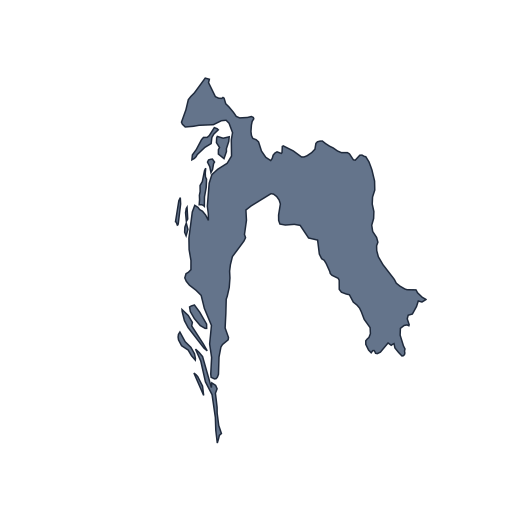 SVG path tracing the border of Croatia, rotated 51°
{"feature_id": "HRV", "entity_name": "Croatia", "entity_type": "country or territory", "adm_level": 0, "iso_a3": "HRV", "parent_name": "Europe", "parent_adm1": "", "projection": "robinson", "projection_center": [16.337, 44.484], "detail": "fine", "context": "isolated", "style": "filled", "palette": "slate", "viewbox_px": 512, "rotation_deg": 51, "n_neighbors": 0, "source": "natural_earth", "source_scale": "50m", "svg_char_len": 4662}
<svg xmlns="http://www.w3.org/2000/svg" viewBox="0 0 512 512"><g transform="rotate(51 256 256)"><path d="M89.3,181.0L91.4,183.8L106.6,187.3L109.9,185.7L112.0,183.4L112.0,181.9L113.3,181.5L118.6,183.7L123.0,183.2L130.1,183.1L135.1,183.5L138.4,181.8L143.0,175.4L144.7,171.8L146.7,170.9L148.0,171.4L149.0,174.3L151.3,177.1L156.1,181.6L159.5,183.7L162.6,184.5L165.7,182.7L168.9,182.2L177.9,185.7L185.5,186.3L191.1,184.5L190.4,182.0L188.4,179.2L187.9,176.5L188.3,174.1L192.2,171.8L192.0,170.7L187.4,166.6L187.6,165.5L197.8,160.9L207.7,158.3L209.3,156.3L210.2,153.3L210.7,147.6L210.1,143.0L206.2,138.6L205.9,136.4L206.9,134.1L208.4,132.1L212.4,131.2L217.0,129.7L220.6,128.0L225.6,126.6L229.4,124.6L233.2,119.9L235.5,119.1L242.5,119.8L244.0,118.6L243.0,111.9L244.3,110.1L246.7,109.2L247.9,108.2L254.0,109.0L259.1,110.7L262.2,111.8L272.4,116.7L279.5,122.2L283.5,128.3L288.8,133.0L295.6,136.4L300.9,141.0L304.9,146.7L310.4,149.9L317.5,150.6L322.0,152.6L323.9,155.8L327.8,158.8L333.6,161.4L342.6,162.8L360.0,163.2L361.5,163.3L365.4,164.1L370.0,163.1L375.5,161.0L377.3,159.8L383.0,153.0L386.3,153.6L392.7,152.8L396.5,151.3L396.8,151.3L396.6,153.0L396.2,156.0L393.1,158.2L396.3,163.1L399.5,171.0L397.8,175.0L400.0,178.0L405.8,180.2L406.4,181.1L404.6,182.0L403.2,184.6L403.1,189.3L408.2,193.8L418.7,198.0L422.0,198.7L423.3,200.4L425.1,201.4L426.1,202.7L426.2,204.4L425.5,205.5L420.6,205.9L414.9,205.9L410.9,203.9L410.6,205.4L410.5,207.1L406.7,208.1L409.0,219.8L408.2,223.2L406.8,224.3L405.4,223.9L403.8,223.7L403.0,224.8L403.7,227.4L399.9,227.7L393.8,226.3L391.0,224.1L390.5,221.7L390.4,219.5L388.4,216.0L383.5,212.4L373.4,211.8L369.7,210.6L365.8,209.3L361.6,208.3L357.7,208.4L353.1,209.4L344.9,207.8L342.2,209.9L337.9,212.4L334.3,212.3L327.2,206.6L325.0,206.2L318.8,209.1L316.3,209.3L314.4,208.4L306.0,206.2L302.2,205.7L299.4,206.7L294.4,205.6L282.4,198.1L275.1,203.8L260.0,202.4L255.5,206.3L250.4,213.7L246.2,217.3L242.6,216.0L238.4,212.7L230.9,204.3L227.1,202.8L222.8,202.5L219.0,203.4L217.0,205.1L215.4,217.4L214.0,228.3L213.9,234.9L222.2,240.9L232.0,251.4L235.2,252.6L236.8,256.0L239.1,264.8L241.6,274.7L246.6,281.3L251.1,286.0L256.7,290.1L263.6,296.6L269.2,303.7L270.8,306.3L281.8,315.7L292.5,325.3L302.1,328.7L303.6,330.4L303.7,337.8L304.7,340.6L311.2,348.3L324.3,359.6L325.8,362.2L326.2,364.2L325.4,365.6L322.0,367.2L319.2,365.4L307.0,354.4L295.2,347.4L281.9,334.3L264.2,329.1L252.1,323.4L244.8,324.2L236.7,326.1L231.8,326.1L228.2,325.1L225.7,321.5L226.1,318.8L225.7,315.2L218.6,309.4L209.0,304.0L199.9,296.9L181.7,277.8L178.1,271.7L181.7,270.5L184.4,270.6L187.5,269.4L192.5,269.4L198.4,270.6L193.2,266.5L186.7,262.5L170.0,246.6L165.0,239.1L164.5,231.1L165.8,220.0L162.9,212.1L150.1,202.0L145.4,196.6L135.9,193.4L131.7,193.8L129.1,197.7L127.1,206.5L118.5,218.1L115.7,223.2L111.2,229.8L107.3,230.3L105.1,229.7L98.3,218.5L91.9,210.2L91.0,206.2L90.5,201.4L85.8,183.5L89.3,181.0ZM372.2,394.6L372.3,397.3L374.6,400.3L377.0,403.8L366.1,396.9L355.9,389.2L336.1,377.4L322.0,374.5L302.8,365.0L290.3,361.6L295.1,360.9L300.5,360.8L330.2,373.5L326.8,370.2L331.1,368.8L334.7,369.8L337.1,373.9L341.6,376.7L349.0,381.4L353.7,385.1L364.4,391.7L366.9,392.6L372.2,394.6ZM141.4,242.5L140.9,245.3L137.4,241.8L135.7,235.4L131.3,225.1L130.8,222.2L133.1,219.3L133.0,216.5L130.0,207.6L132.6,206.1L134.2,205.9L134.7,212.1L136.1,215.7L140.4,220.1L139.4,227.4L140.2,237.8L141.1,240.1L141.4,242.5ZM160.2,219.6L153.1,221.1L149.7,218.3L148.8,216.1L143.0,215.4L139.4,212.2L138.7,210.8L143.8,207.4L146.5,201.8L149.9,205.2L154.0,211.5L156.2,213.2L160.2,219.6ZM275.0,343.1L265.8,343.3L257.8,342.0L253.8,339.7L254.1,337.8L255.3,334.7L264.3,335.1L277.9,337.3L281.2,339.9L280.2,341.1L275.0,343.1ZM299.0,353.6L294.9,354.4L268.8,353.8L261.2,352.3L252.8,348.4L251.1,347.2L259.6,346.1L267.5,347.2L269.9,350.0L291.2,352.3L299.0,353.6ZM181.9,266.0L180.4,267.9L176.7,264.4L173.2,261.8L170.8,258.9L166.0,255.1L164.4,250.9L157.2,242.2L156.1,239.8L159.7,243.3L162.7,245.5L165.2,246.1L171.4,251.6L177.6,258.8L184.9,264.9L183.4,265.1L181.9,266.0ZM267.2,363.0L278.0,365.0L286.0,364.1L293.2,365.3L297.6,367.6L298.7,368.7L292.9,368.9L286.4,367.9L278.9,370.3L272.4,369.0L269.9,367.5L268.1,365.6L267.2,363.0ZM181.8,295.9L182.6,297.0L182.5,297.7L179.5,296.7L178.7,297.0L164.5,281.2L163.0,278.1L168.1,281.8L181.8,295.9ZM161.4,235.3L162.8,238.5L157.4,235.7L152.5,234.6L151.5,232.4L152.2,230.6L153.2,228.9L156.9,229.1L157.5,230.8L161.4,235.3ZM323.4,379.4L331.4,384.4L307.9,377.9L310.6,377.3L313.1,377.2L323.4,379.4ZM192.5,292.2L196.3,297.6L192.6,296.5L188.8,293.1L186.6,289.5L192.5,292.2ZM184.3,285.8L185.2,288.3L178.0,283.5L175.2,280.3L174.7,278.9L184.3,285.8Z" fill="#64748b" stroke="#1e293b" stroke-width="1.5"/></g></svg>